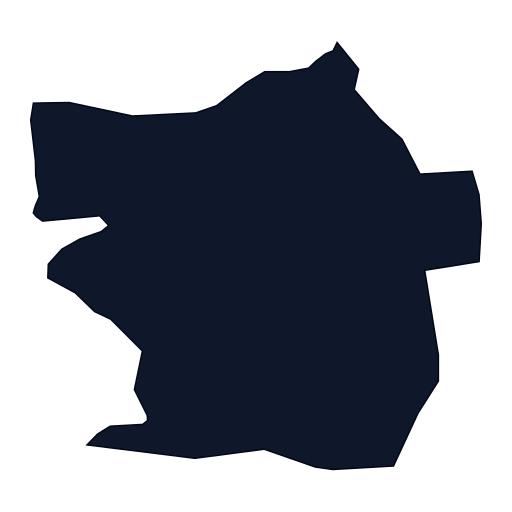 Viesites, Natural Earth projection
{"feature_id": "LVA-5733", "entity_name": "Viesites", "entity_type": "Municipality", "adm_level": 1, "iso_a3": "LVA", "parent_name": "Latvia", "parent_adm1": "", "projection": "natural_earth1", "projection_center": [25.472, 56.304], "detail": "fine", "context": "isolated", "style": "filled", "palette": "ink", "viewbox_px": 512, "rotation_deg": 0, "n_neighbors": 0, "source": "natural_earth", "source_scale": "10m", "svg_char_len": 810}
<svg xmlns="http://www.w3.org/2000/svg" viewBox="0 0 512 512"><path d="M194.8,458.3L87.0,444.9L87.5,444.4L97.6,434.0L110.2,426.2L142.7,424.4L147.6,420.4L147.2,415.3L134.4,389.6L142.4,351.0L110.7,319.2L94.6,311.6L75.3,292.9L47.8,277.9L48.3,264.2L61.9,249.1L79.9,239.0L101.2,231.6L108.7,225.5L99.7,215.8L42.6,221.1L36.3,216.6L33.3,212.9L35.4,205.6L39.3,196.6L35.7,175.5L35.4,160.4L30.7,120.0L33.4,103.1L69.1,102.5L132.4,116.0L195.6,112.9L216.6,105.7L246.3,82.7L264.7,71.7L289.4,71.7L308.6,68.1L315.9,61.2L325.7,53.7L333.1,50.8L337.1,42.5L358.7,69.2L354.2,89.6L379.2,118.7L401.9,139.1L420.0,174.1L472.1,171.2L479.0,194.5L481.3,223.7L479.1,261.6L424.7,270.3L438.4,354.9L438.4,381.1L418.0,413.2L393.5,466.0L332.7,469.5L315.2,467.0L264.1,449.2L194.8,458.3Z" fill="#0f172a" stroke="#020617" stroke-width="1.5"/></svg>